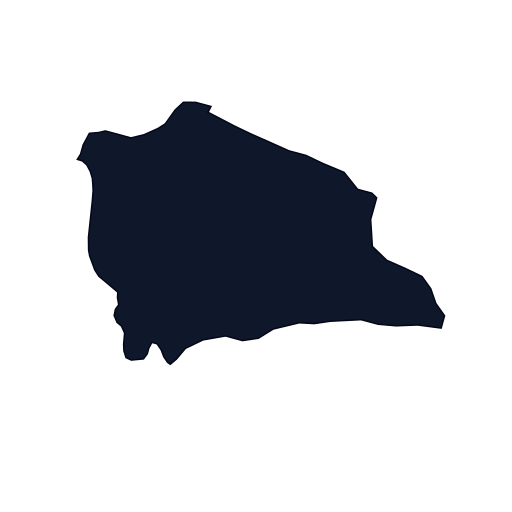 outline of Sinwon, Hwanghae-namdo, North Korea, rotated 195°
{"feature_id": "82179303B41250986640334", "entity_name": "Sinwon", "entity_type": "district", "adm_level": 2, "iso_a3": "PRK", "parent_name": "North Korea", "parent_adm1": "Hwanghae-namdo", "projection": "equal_earth", "projection_center": [125.777, 38.209], "detail": "fine", "context": "isolated", "style": "filled", "palette": "ink", "viewbox_px": 512, "rotation_deg": 195, "n_neighbors": 0, "source": "geoboundaries", "source_scale": "gbopen_adm2", "svg_char_len": 1185}
<svg xmlns="http://www.w3.org/2000/svg" viewBox="0 0 512 512"><g transform="rotate(195 256 256)"><path d="M453.6,303.1L448.3,302.9L443.0,300.2L437.8,294.6L434.2,288.7L432.2,283.1L430.2,276.8L428.2,265.9L422.7,230.8L419.2,218.3L416.7,213.0L408.1,200.8L402.6,195.8L386.9,188.5L380.1,185.3L379.1,180.0L376.0,173.4L378.0,168.1L377.6,161.8L373.0,155.9L367.8,153.5L363.0,147.6L361.0,136.4L359.0,130.1L355.2,124.2L349.5,123.2L338.0,127.5L335.7,133.4L335.7,139.3L334.2,145.6L328.9,145.6L323.2,140.7L318.9,134.7L313.9,130.4L310.8,129.2L306.2,135.8L300.2,148.6L285.4,161.3L264.7,170.9L247.1,170.8L232.4,177.2L220.5,189.9L196.9,202.7L182.2,205.8L167.4,212.2L138.0,221.7L120.3,221.7L117.5,222.2L102.7,224.8L82.0,231.2L58.5,234.3L58.4,247.1L70.0,256.7L78.7,269.6L90.4,279.2L108.0,282.5L128.6,285.7L146.1,295.4L154.7,321.0L154.5,343.4L160.4,346.7L175.1,346.7L192.6,359.6L216.1,362.8L233.7,366.1L251.4,366.1L271.9,369.4L292.5,372.6L310.1,375.9L339.5,382.4L338.2,388.8L354.1,388.8L365.9,385.7L371.9,376.1L377.9,360.1L383.8,353.7L395.6,344.1L407.4,337.7L419.2,337.8L433.9,337.8L439.8,334.6L448.7,331.4L451.7,318.6L451.8,309.0L453.6,303.1Z" fill="#0f172a" stroke="#020617" stroke-width="1.5"/></g></svg>